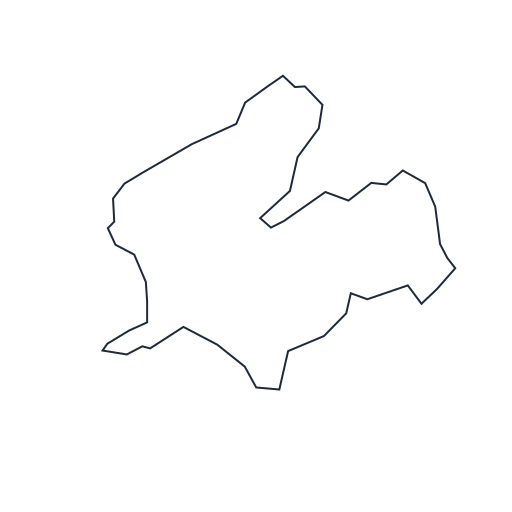 Tashlak, Ferghana, Uzbekistan, rotated 54°
{"feature_id": "79887680B62642842050546", "entity_name": "Tashlak", "entity_type": "district", "adm_level": 2, "iso_a3": "UZB", "parent_name": "Uzbekistan", "parent_adm1": "Ferghana", "projection": "natural_earth1", "projection_center": [71.832, 40.543], "detail": "fine", "context": "isolated", "style": "outline", "palette": "slate", "viewbox_px": 512, "rotation_deg": 54, "n_neighbors": 0, "source": "geoboundaries", "source_scale": "gbopen_adm2", "svg_char_len": 810}
<svg xmlns="http://www.w3.org/2000/svg" viewBox="0 0 512 512"><g transform="rotate(54 256 256)"><path d="M259.7,418.4L262.3,401.0L268.5,396.0L270.7,356.4L305.1,339.4L338.9,330.1L362.5,333.1L377.7,315.6L351.8,285.9L360.7,248.0L355.4,216.7L341.9,201.2L356.4,191.4L369.0,150.5L391.9,150.2L389.1,129.0L383.0,102.0L370.3,102.4L354.6,100.1L321.4,82.0L296.5,76.3L273.1,87.0L274.7,108.5L264.6,119.8L265.5,148.6L245.0,162.3L244.1,213.0L241.8,227.2L227.8,230.4L223.3,190.3L200.4,164.2L189.6,130.2L172.8,113.4L147.5,116.8L142.2,125.2L126.0,128.3L125.6,147.0L125.5,174.6L137.5,194.3L127.8,242.1L122.0,297.9L120.1,319.8L125.5,337.9L144.9,350.5L146.4,359.5L164.3,363.1L183.3,353.7L212.3,360.4L228.5,370.6L245.7,383.1L241.7,402.6L239.6,427.8L242.3,435.7L259.7,418.4Z" fill="none" stroke="#1e293b" stroke-width="2"/></g></svg>